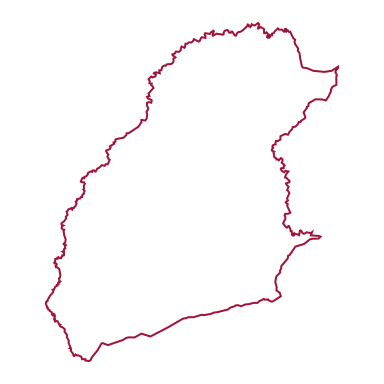 El Copey, Cesar, Colombia
{"feature_id": "7082276B6565875231933", "entity_name": "El Copey", "entity_type": "district", "adm_level": 2, "iso_a3": "COL", "parent_name": "Colombia", "parent_adm1": "Cesar", "projection": "mercator", "projection_center": [-73.955, 10.203], "detail": "fine", "context": "isolated", "style": "outline", "palette": "rose", "viewbox_px": 384, "rotation_deg": 0, "n_neighbors": 0, "source": "geoboundaries", "source_scale": "gbopen_adm2", "svg_char_len": 5809}
<svg xmlns="http://www.w3.org/2000/svg" viewBox="0 0 384 384"><path d="M54.6,320.7L55.1,321.6L56.6,321.0L57.8,321.5L59.1,324.4L60.4,324.7L59.9,325.8L60.5,326.6L63.0,327.6L64.8,329.3L64.5,331.6L67.1,335.1L66.8,337.1L68.9,340.9L68.5,342.7L70.5,347.5L69.7,348.2L71.0,348.7L70.8,350.9L72.9,353.5L73.7,355.9L74.6,355.8L75.5,354.5L76.6,355.4L78.2,355.3L81.3,356.7L82.0,359.2L85.4,359.2L85.4,360.5L88.8,361.0L90.6,360.3L91.8,357.4L97.2,350.8L101.6,343.3L102.9,343.2L107.9,345.1L122.7,340.1L126.1,338.0L128.1,337.4L134.7,337.4L141.5,333.6L150.4,336.5L167.9,327.4L183.1,318.6L186.3,318.1L188.2,317.2L193.8,317.2L201.3,314.8L204.1,315.1L210.9,313.9L214.1,312.5L216.8,312.3L227.9,309.5L230.6,307.5L234.3,306.4L235.9,305.3L238.0,305.2L241.0,306.3L245.4,304.4L248.7,304.2L253.5,302.9L257.5,302.9L258.9,301.4L263.9,298.9L264.5,299.6L268.2,299.5L268.4,300.2L271.1,301.5L272.6,301.5L280.8,296.3L279.8,292.9L276.4,290.3L276.7,287.2L275.3,282.2L276.2,276.6L280.2,272.4L280.0,270.6L281.1,268.8L281.3,266.1L287.7,258.5L288.1,255.7L289.5,255.2L295.4,246.6L304.2,243.9L310.0,239.3L313.0,238.7L318.5,238.6L320.6,236.7L318.6,235.9L310.9,235.4L312.0,232.2L310.9,233.1L306.5,232.3L304.7,233.6L303.6,233.7L302.3,232.9L301.4,230.9L300.6,230.4L299.9,230.7L299.1,235.1L297.1,234.2L295.3,234.0L294.2,233.1L293.6,233.9L294.0,235.4L293.0,235.6L291.9,234.8L291.8,231.3L290.6,231.2L290.6,229.7L289.0,226.1L288.4,226.0L287.2,227.6L286.3,227.5L283.1,223.5L284.4,220.4L285.3,219.6L285.3,216.7L284.5,215.3L285.2,213.8L287.9,213.8L290.4,212.8L287.6,206.8L287.2,205.2L287.8,204.1L285.7,202.6L286.2,201.6L288.0,200.5L287.0,198.5L289.4,193.2L288.1,190.9L287.1,190.1L288.6,186.8L286.6,184.8L286.0,183.4L289.4,182.2L289.6,181.0L286.4,177.9L285.0,177.4L286.1,174.3L288.4,171.5L285.5,170.9L284.1,172.3L282.1,171.1L280.7,169.2L281.2,168.2L283.6,168.1L283.7,166.2L284.6,165.6L284.0,164.5L281.7,162.8L282.5,160.9L282.4,159.1L280.9,158.1L278.9,160.3L278.1,159.4L276.4,159.5L276.2,158.3L274.4,157.3L273.5,152.4L274.2,151.7L272.0,150.6L271.9,149.3L273.2,147.9L272.3,146.7L273.3,144.9L275.6,144.4L275.4,142.9L276.0,140.9L277.6,141.1L280.4,139.6L280.4,136.3L285.1,133.9L288.0,134.7L289.4,132.0L292.1,129.2L292.7,127.1L295.2,126.7L297.7,124.4L298.8,122.1L300.5,122.0L301.1,120.7L304.7,118.5L305.4,117.3L303.6,112.3L306.8,108.2L306.9,106.9L308.3,106.2L308.7,103.2L315.4,99.3L321.7,99.4L325.9,100.4L328.4,96.7L330.9,91.5L330.9,89.7L332.2,87.0L336.4,84.8L336.3,76.6L336.9,75.3L335.4,72.0L336.1,70.1L338.0,68.3L338.1,66.7L331.7,70.8L324.3,71.9L313.3,70.8L306.9,68.1L302.8,67.6L301.9,66.3L300.3,59.0L299.5,53.0L297.8,50.7L298.1,48.4L295.1,44.1L294.5,41.6L295.2,39.7L293.3,38.2L290.2,31.8L289.2,32.1L287.8,30.4L286.6,31.4L286.3,29.2L285.8,28.8L284.7,29.3L285.0,31.3L284.1,31.8L281.8,29.6L279.1,29.7L277.9,28.4L274.6,31.5L273.8,33.1L272.0,33.6L272.1,35.4L270.7,35.4L269.5,37.6L268.1,37.9L267.1,37.2L267.0,36.2L269.5,35.4L269.6,34.9L267.8,34.0L266.5,32.3L265.5,33.3L264.1,33.1L263.9,29.0L260.8,27.0L258.6,28.5L257.9,28.4L259.2,24.3L258.1,23.0L254.9,25.4L253.2,25.2L251.8,24.2L250.4,27.1L249.1,26.4L248.6,24.7L247.6,24.5L247.3,26.1L243.1,30.0L240.7,31.7L238.3,32.1L237.0,33.3L236.1,35.6L234.7,35.3L232.3,31.6L231.3,31.6L230.9,32.6L229.6,32.7L228.6,32.0L228.3,30.7L227.1,29.9L224.7,30.8L223.7,32.5L223.6,34.3L222.9,34.7L216.5,33.7L213.0,35.8L212.5,35.0L213.8,31.3L213.5,30.7L211.2,32.1L209.9,33.9L205.2,33.2L204.6,34.7L205.5,36.1L205.4,37.9L201.9,37.2L200.9,38.2L199.8,40.9L198.7,41.6L193.9,39.2L193.0,41.1L191.5,42.5L189.0,42.3L187.1,43.8L185.5,43.7L184.9,47.2L184.4,47.8L181.6,46.5L180.7,48.8L180.8,50.3L179.0,51.8L175.9,51.6L174.7,53.7L172.4,54.3L172.6,55.3L175.4,57.4L173.4,58.8L173.5,61.4L172.4,63.3L171.1,64.0L166.9,64.3L165.6,65.8L164.3,65.5L163.4,66.0L162.2,67.0L161.4,70.2L159.3,70.3L159.8,73.3L156.5,72.3L154.3,72.7L153.8,73.4L155.9,74.4L155.3,76.5L152.6,77.4L151.3,76.5L148.6,79.2L149.8,81.3L149.4,83.3L151.7,83.7L151.2,85.1L152.9,86.7L153.5,88.0L148.5,93.5L149.5,96.0L147.0,96.8L147.8,98.4L151.6,100.0L151.7,101.1L151.2,102.7L148.6,102.1L147.1,102.8L146.9,105.2L148.3,108.9L146.4,111.9L147.3,114.4L146.6,118.6L145.3,120.5L141.4,119.9L141.4,122.2L138.3,126.8L128.6,133.2L126.7,133.2L126.3,135.0L123.6,137.7L116.0,139.1L115.3,140.1L115.4,141.6L113.6,142.4L114.2,143.7L109.9,146.3L110.6,147.7L109.9,149.0L106.1,150.6L106.7,152.5L108.3,154.7L107.4,156.6L108.6,159.0L109.7,159.8L107.7,164.3L105.7,164.2L104.7,165.8L101.9,165.1L98.8,168.0L97.3,168.6L95.6,171.6L94.8,171.4L94.0,170.3L92.6,170.4L92.1,171.9L90.4,171.5L87.9,173.0L87.7,174.7L86.1,176.4L84.4,176.8L84.2,178.2L82.4,178.0L80.8,181.6L81.7,182.3L83.9,182.2L84.9,183.8L83.8,185.9L84.0,188.5L83.3,189.4L84.6,191.0L83.8,192.4L83.9,193.7L82.2,195.0L82.2,197.0L80.7,197.2L80.1,198.5L77.0,199.1L77.1,200.6L75.7,201.6L76.6,203.5L75.7,205.7L73.5,208.3L72.1,207.9L72.0,209.5L70.5,208.5L68.4,209.3L67.7,210.8L66.6,211.5L67.6,214.8L65.8,216.8L66.1,218.3L65.5,219.3L64.0,221.4L61.6,223.2L61.4,224.1L61.7,224.8L63.4,225.5L62.1,226.2L61.6,228.3L63.1,229.7L64.2,229.8L63.6,230.9L64.1,234.9L65.7,239.3L65.2,242.7L63.6,243.7L63.8,244.4L65.9,245.2L64.9,246.4L65.3,248.3L63.8,249.4L64.1,251.2L62.5,251.7L64.1,253.0L63.9,255.3L62.3,255.3L62.4,256.1L61.5,256.8L61.2,258.2L59.7,258.2L58.4,257.1L57.4,257.6L57.5,258.8L55.3,258.9L55.1,261.1L54.2,262.7L54.5,263.4L55.6,263.0L56.7,264.2L56.4,265.3L55.6,265.7L55.9,267.2L57.3,267.3L59.3,269.0L60.4,275.5L59.9,277.5L58.9,278.5L59.5,280.1L59.2,280.9L60.2,281.5L58.9,282.8L58.2,282.8L58.6,284.2L56.9,284.8L57.3,285.6L55.2,286.8L54.1,289.3L52.7,289.7L53.5,290.8L52.9,292.5L49.9,295.9L47.4,300.5L47.5,301.3L46.4,301.6L45.9,302.7L46.3,305.3L47.4,307.0L47.1,307.7L47.9,308.0L48.3,309.6L49.6,310.0L49.8,311.1L51.6,312.1L52.2,313.8L53.0,313.8L52.1,314.6L53.1,315.6L54.7,315.1L54.9,316.4L54.4,317.7L54.9,318.6L54.1,319.1L54.9,319.9L54.6,320.7Z" fill="none" stroke="#9f1239" stroke-width="2"/></svg>